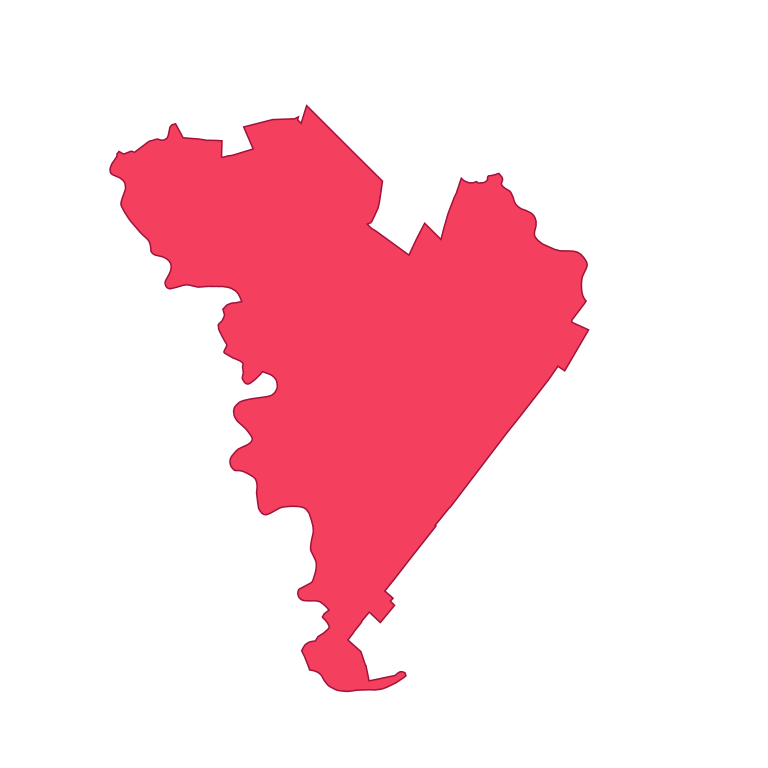 the district of Fantanele, Suceava, Romania, rotated 168°
{"feature_id": "2599482B49541519144713", "entity_name": "Fantanele", "entity_type": "district", "adm_level": 2, "iso_a3": "ROU", "parent_name": "Romania", "parent_adm1": "Suceava", "projection": "albers", "projection_center": [26.534, 47.602], "detail": "fine", "context": "isolated", "style": "filled", "palette": "rose", "viewbox_px": 768, "rotation_deg": 168, "n_neighbors": 0, "source": "geoboundaries", "source_scale": "gbopen_adm2", "svg_char_len": 6150}
<svg xmlns="http://www.w3.org/2000/svg" viewBox="0 0 768 768"><g transform="rotate(168 384 384)"><path d="M597.3,664.7L597.6,663.2L598.4,661.7L604.5,655.9L606.1,653.5L607.0,651.9L607.5,650.3L607.6,648.9L607.6,647.7L607.4,647.1L606.7,645.9L605.3,644.6L599.7,640.7L598.8,639.7L597.0,637.5L596.5,636.6L595.8,634.7L595.7,633.8L595.8,632.3L596.0,629.9L596.4,628.3L601.3,620.4L603.4,616.4L603.8,615.2L604.0,614.0L603.9,613.0L603.3,610.3L601.8,605.4L599.4,599.1L597.7,595.3L593.8,588.3L591.1,583.2L588.8,579.7L585.8,575.6L585.0,574.3L584.2,572.4L583.8,570.3L583.7,568.3L583.8,566.9L584.2,563.4L584.3,562.0L584.1,561.5L583.5,560.2L582.4,558.8L581.0,557.7L574.4,554.6L572.2,553.0L570.9,551.9L569.5,550.2L568.6,548.9L567.8,546.7L567.6,545.5L567.7,543.7L568.0,542.3L568.4,540.8L569.4,538.9L571.5,535.9L576.2,530.5L576.6,529.8L577.3,527.9L577.3,527.3L577.1,525.5L576.9,524.8L576.1,523.3L575.3,522.5L574.2,521.8L573.5,521.6L566.9,521.7L559.6,522.3L556.8,522.1L554.3,521.4L546.8,517.9L545.6,517.4L535.6,516.0L521.6,512.9L516.7,511.1L514.8,510.1L513.4,509.2L510.0,506.1L508.3,503.4L507.7,502.0L506.8,498.7L506.0,494.2L513.1,494.3L514.6,494.7L517.3,494.7L521.0,494.0L522.5,493.2L524.6,491.5L525.7,491.1L526.0,490.7L525.7,485.2L525.7,484.7L526.0,483.8L529.2,479.5L532.4,477.6L533.6,476.6L534.0,476.0L534.0,474.0L534.3,472.7L534.1,470.7L532.4,464.0L531.0,459.4L529.9,456.4L529.7,455.6L529.7,454.7L529.8,454.4L531.2,452.4L533.2,450.0L533.8,448.9L533.9,448.6L533.9,448.0L533.4,447.2L526.1,440.7L523.6,439.1L520.3,436.7L518.6,435.0L517.7,433.4L517.7,432.5L518.7,430.7L518.9,429.7L519.0,428.8L518.9,427.5L519.3,425.6L519.1,424.7L519.2,424.2L519.7,423.3L521.1,420.2L521.5,418.8L521.5,418.5L520.3,415.0L519.8,414.1L518.9,413.1L517.8,412.4L516.4,412.2L513.6,413.0L508.4,415.6L503.4,418.9L500.1,421.4L499.1,420.6L493.7,417.2L491.7,415.5L490.1,413.4L489.2,411.6L488.8,410.7L488.5,409.3L488.5,406.7L488.6,405.2L489.1,403.0L489.8,401.6L491.2,399.8L492.3,398.7L493.4,397.8L496.1,396.4L498.1,396.1L501.2,396.0L517.1,397.1L523.1,397.1L524.9,397.0L528.1,396.6L530.3,395.7L533.1,393.9L534.8,392.5L535.5,391.6L536.2,390.2L536.9,388.3L537.1,384.5L537.0,383.3L536.6,381.8L535.6,379.0L534.9,377.7L528.6,369.1L525.4,362.4L524.7,360.5L524.4,359.3L524.2,358.3L524.3,357.7L524.7,356.7L525.4,355.6L526.1,355.0L527.9,353.9L529.8,353.1L539.4,350.9L541.9,349.7L544.0,348.2L547.8,345.2L549.4,343.4L550.0,342.4L550.4,341.5L550.8,340.0L551.0,338.7L551.0,336.5L550.7,334.8L549.1,331.8L548.2,330.7L547.2,330.2L543.3,329.3L542.1,328.8L540.7,328.2L538.5,326.7L535.8,324.6L531.7,320.9L530.7,319.7L529.6,317.8L529.3,316.7L529.1,315.2L529.1,312.4L529.5,309.7L530.2,307.4L531.0,305.2L531.3,303.9L532.1,295.3L532.5,288.9L532.3,287.5L531.6,285.5L530.4,283.1L529.4,282.0L528.1,281.1L526.8,280.7L525.9,280.6L522.2,281.2L512.6,284.1L510.6,284.5L507.9,284.6L500.9,283.8L496.8,282.9L492.8,281.8L490.1,280.7L488.8,280.0L487.2,278.7L485.8,276.9L484.5,273.9L484.1,272.8L483.3,265.5L483.1,260.7L483.2,258.1L483.7,255.0L484.1,253.5L488.0,244.8L489.8,239.4L490.2,237.0L490.0,235.3L487.9,227.0L487.6,225.0L487.5,223.7L487.8,221.1L488.8,217.7L489.8,215.1L490.7,213.3L494.5,206.5L495.5,205.5L496.2,205.0L497.4,204.5L509.4,201.1L510.2,200.5L511.2,199.0L511.8,197.5L512.0,196.0L511.8,194.2L511.4,192.7L510.6,191.3L509.9,190.5L508.7,189.5L507.5,188.9L504.7,188.0L495.2,185.9L492.8,184.8L491.7,184.0L490.2,182.4L488.2,180.0L486.6,177.6L484.8,174.3L490.4,171.6L492.7,168.9L492.5,168.1L490.6,165.4L489.0,162.0L488.2,159.3L488.0,157.8L489.2,156.2L493.1,153.9L495.8,152.5L498.0,151.8L501.1,150.6L504.6,146.9L507.2,147.2L509.8,147.2L512.0,146.8L515.0,145.6L517.0,143.8L520.0,140.3L518.4,133.8L516.7,123.9L516.2,119.8L512.9,118.4L511.2,117.5L508.9,115.9L507.5,114.5L505.9,112.1L505.5,111.2L505.2,109.8L504.4,107.2L503.8,105.7L501.6,101.3L500.6,100.0L498.6,98.1L494.6,94.9L492.9,93.9L489.4,92.6L484.3,91.0L482.3,90.7L473.2,90.0L461.6,87.9L457.0,86.7L452.1,86.2L449.2,86.1L444.7,86.7L434.5,89.2L426.2,92.5L423.2,94.0L423.5,97.1L425.6,98.6L428.0,99.2L430.8,98.3L433.6,96.6L460.3,96.7L460.2,112.5L460.6,112.6L462.2,127.0L472.5,141.1L465.5,147.1L464.2,148.6L462.2,150.1L457.2,154.2L455.3,155.9L454.9,156.7L453.4,158.0L445.8,163.9L437.2,151.4L419.7,165.3L422.9,170.3L419.7,172.5L421.9,175.6L424.6,179.1L425.3,180.2L426.4,181.0L426.3,181.3L415.7,189.9L391.9,210.0L363.6,233.5L362.7,234.3L363.4,235.1L346.1,249.1L345.2,249.4L274.8,309.9L257.2,324.4L222.3,353.8L210.2,365.2L204.5,359.3L204.4,359.4L172.6,394.4L187.5,405.4L187.0,407.1L186.6,407.7L171.2,421.0L169.1,423.1L170.5,426.2L171.2,429.4L171.3,432.5L171.1,435.0L170.3,439.9L168.9,444.8L167.6,447.7L164.7,451.7L162.6,454.3L161.2,456.5L160.4,458.5L160.4,460.9L161.6,464.7L164.3,469.7L167.1,472.5L170.7,474.4L175.9,475.8L183.9,477.6L189.3,480.3L199.8,488.0L203.6,492.5L205.5,496.2L205.9,498.7L205.0,501.8L202.4,507.1L201.4,511.7L201.7,515.1L202.8,518.2L204.7,520.8L208.9,524.1L213.3,526.8L216.4,530.1L217.9,532.7L218.6,535.6L218.8,539.3L219.8,544.1L220.6,546.2L224.8,550.2L226.7,552.5L227.5,554.2L227.5,555.5L226.9,556.8L226.1,557.9L225.5,559.2L225.4,560.1L225.5,561.6L227.8,566.1L229.8,566.0L231.1,565.7L235.9,565.6L238.1,565.9L238.9,565.6L239.6,564.9L240.0,563.8L240.1,562.9L240.3,562.3L240.8,561.8L242.4,560.9L243.6,560.5L244.8,560.2L245.9,560.3L247.7,560.7L249.5,560.8L250.4,561.2L251.1,562.5L251.4,562.7L251.9,562.8L252.9,562.5L255.2,562.3L256.5,562.5L257.6,562.9L258.5,562.8L263.1,565.9L264.5,567.5L265.6,569.2L272.7,557.2L273.0,556.4L276.4,552.1L285.9,537.4L293.4,523.3L298.2,513.5L310.8,532.8L322.3,518.8L332.8,504.9L360.4,535.6L363.3,538.2L365.2,540.7L367.1,543.9L363.3,544.5L361.5,546.2L353.1,557.5L350.6,563.0L343.3,582.7L364.6,615.2L401.8,672.4L410.9,656.2L413.5,660.4L412.2,663.1L416.3,662.0L438.0,665.8L467.8,664.6L463.1,641.1L483.9,639.3L486.9,639.3L488.7,639.6L493.9,639.2L495.7,639.9L491.9,655.6L497.4,657.1L505.9,659.1L506.8,659.0L507.8,659.7L514.4,662.2L529.3,666.6L533.8,681.9L537.6,681.6L540.0,679.7L543.3,672.1L545.1,669.5L548.6,668.4L551.6,668.9L554.0,670.5L556.6,670.8L560.0,670.3L562.5,670.4L564.4,669.8L579.9,662.5L582.0,663.9L583.0,664.3L590.1,663.1L591.4,663.5L594.9,666.6L595.6,665.9L597.3,664.7Z" fill="#f43f5e" stroke="#9f1239" stroke-width="1.5"/></g></svg>